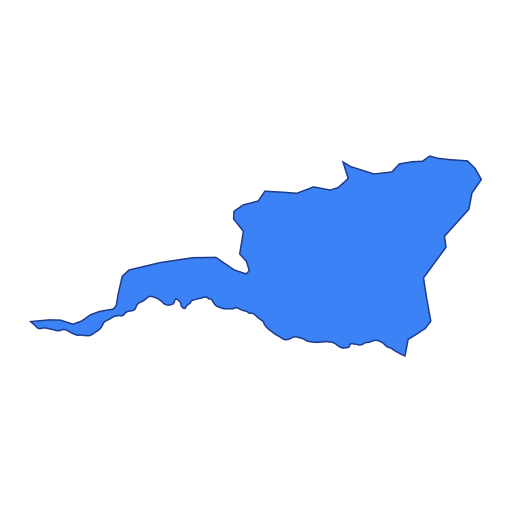 Satéma, Basse-Kotto, Central African Republic (orthographic projection)
{"feature_id": "33826404B54558554669564", "entity_name": "Satéma", "entity_type": "district", "adm_level": 2, "iso_a3": "CAF", "parent_name": "Central African Republic", "parent_adm1": "Basse-Kotto", "projection": "orthographic", "projection_center": [21.777, 4.375], "detail": "fine", "context": "isolated", "style": "filled", "palette": "blue", "viewbox_px": 512, "rotation_deg": 0, "n_neighbors": 0, "source": "geoboundaries", "source_scale": "gbopen_adm2", "svg_char_len": 3831}
<svg xmlns="http://www.w3.org/2000/svg" viewBox="0 0 512 512"><path d="M343.0,162.0L348.2,178.5L338.1,187.6L330.1,190.1L313.6,186.9L296.8,193.3L285.4,192.4L264.9,191.2L258.3,201.0L243.2,204.9L234.0,211.3L233.6,218.9L243.4,231.4L239.7,254.0L246.4,261.3L249.3,270.7L246.1,273.9L234.2,270.0L215.9,257.4L192.8,257.7L159.7,262.7L129.0,270.0L122.2,276.4L118.2,294.0L116.2,305.7L113.2,309.1L99.7,311.4L90.8,314.6L81.6,321.0L73.1,324.2L60.3,320.1L48.8,319.9L30.7,321.6L32.5,323.3L33.9,324.3L35.7,326.2L37.6,328.0L38.4,328.3L39.6,328.6L40.9,328.5L42.8,328.0L44.9,327.9L47.5,328.4L50.3,329.1L52.0,329.4L53.8,329.8L56.3,330.6L58.0,330.7L59.7,330.6L61.2,330.1L62.5,329.6L63.6,329.5L64.9,329.7L66.1,330.0L67.2,330.5L70.0,332.1L72.7,333.5L75.3,334.6L77.2,335.2L79.3,335.2L81.0,335.0L82.2,335.2L83.8,335.5L88.3,335.7L89.8,335.5L91.0,335.0L92.6,334.2L94.7,332.6L96.5,331.5L98.5,330.2L99.9,329.0L101.0,327.6L101.9,326.2L102.6,324.9L103.1,323.7L103.9,322.4L105.2,321.2L109.7,319.1L111.8,317.7L113.7,316.6L115.1,316.2L116.9,315.9L117.9,315.6L119.2,315.5L120.6,315.8L122.6,315.6L123.6,315.1L124.4,314.0L125.3,312.9L127.1,311.7L129.3,311.1L131.7,310.8L133.9,310.1L134.9,309.4L135.5,308.4L136.0,307.0L136.8,305.2L138.0,303.7L139.3,302.7L141.0,302.0L143.4,300.8L144.7,299.9L147.1,297.8L148.3,297.0L150.0,296.4L151.5,296.4L152.7,296.7L155.4,297.7L156.8,298.2L158.3,298.9L161.1,301.0L162.5,302.0L162.9,302.6L163.7,303.6L165.0,304.2L166.7,304.9L168.6,305.1L169.9,304.9L171.6,304.5L173.1,303.9L173.9,302.8L174.3,302.0L174.6,301.0L174.7,300.2L174.9,299.7L175.4,299.3L176.0,299.1L177.1,299.3L178.0,299.9L179.0,301.0L180.2,302.1L180.7,302.7L180.9,303.6L180.9,304.5L181.1,305.5L181.7,306.4L182.1,307.1L182.6,307.6L183.4,308.2L184.4,308.4L185.0,308.4L185.3,308.1L185.8,307.2L186.4,306.1L187.5,304.9L189.6,303.5L190.1,303.1L190.9,301.6L191.5,300.9L193.1,300.1L194.9,299.6L197.2,299.0L198.9,298.5L200.6,298.3L203.1,297.4L204.5,297.2L205.9,297.1L207.5,297.6L208.0,297.9L208.5,298.7L209.2,299.0L209.8,299.0L210.5,299.0L211.2,299.1L211.9,299.6L212.5,301.1L213.5,302.7L214.9,304.6L216.5,306.1L218.4,306.9L220.1,307.6L221.8,308.1L224.2,308.8L226.6,308.8L228.6,308.8L230.5,308.7L232.4,308.9L233.5,308.6L234.5,308.2L235.6,307.7L236.4,307.6L237.4,307.9L240.9,309.6L242.7,310.4L244.5,310.9L246.0,311.2L247.3,311.8L248.2,312.4L248.9,313.0L249.6,313.3L252.0,313.3L252.9,313.5L254.5,314.4L258.1,317.8L262.7,321.1L263.6,322.1L263.9,322.6L264.0,323.1L264.0,323.8L264.4,324.3L265.3,325.4L265.6,326.2L266.3,326.8L267.2,327.9L269.4,329.9L271.9,331.6L273.6,333.1L275.4,334.3L280.1,337.0L282.0,338.4L283.6,339.2L285.0,339.7L286.6,339.7L288.0,339.4L289.6,338.9L290.9,338.3L292.0,337.7L293.7,337.1L295.1,336.8L297.3,337.0L298.9,337.5L300.7,338.1L302.8,338.6L303.9,339.2L305.2,339.9L306.4,340.7L307.9,341.3L309.9,341.7L311.8,341.9L313.7,342.2L314.7,342.3L318.3,342.3L320.3,342.1L322.6,341.9L324.2,341.9L325.4,341.6L326.4,341.5L327.6,341.8L328.8,342.0L331.2,342.0L332.6,342.4L334.5,343.3L336.3,344.3L337.6,345.5L339.1,346.5L341.4,347.7L343.4,348.1L345.0,347.9L345.9,347.7L346.9,347.5L347.8,347.5L348.6,347.4L348.9,347.1L349.3,346.2L349.5,345.4L349.7,344.8L350.5,344.1L351.7,343.6L352.8,343.6L353.5,343.9L354.3,344.2L356.0,344.1L356.7,344.4L357.6,344.7L359.0,344.9L360.5,344.9L362.3,344.4L363.9,343.5L365.2,342.8L366.2,342.5L367.3,342.4L368.5,342.4L369.8,342.0L370.8,341.5L372.1,341.2L374.4,340.4L375.9,340.3L377.8,340.5L380.3,341.5L382.4,342.6L384.0,343.9L385.7,345.7L387.2,346.9L389.6,347.6L392.0,348.8L394.0,350.3L398.8,353.0L400.9,354.2L405.0,355.9L408.1,339.5L416.5,334.2L425.3,328.4L430.8,321.1L426.5,297.4L423.5,277.9L446.0,247.2L444.5,236.2L468.9,209.2L471.9,193.1L481.3,179.5L475.1,168.4L467.4,160.9L449.4,159.6L437.8,158.3L429.7,156.1L422.4,161.3L412.6,161.7L399.3,163.9L391.8,172.0L374.0,174.0L350.9,166.7L343.0,162.0Z" fill="#3b82f6" stroke="#1e3a8a" stroke-width="1.5"/></svg>